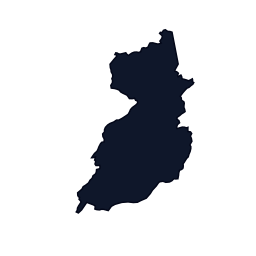 Bentong, Pahang, Malaysia, rotated 237°
{"feature_id": "92858781B95587260702445", "entity_name": "Bentong", "entity_type": "district", "adm_level": 2, "iso_a3": "MYS", "parent_name": "Malaysia", "parent_adm1": "Pahang", "projection": "equal_earth", "projection_center": [102.033, 3.418], "detail": "fine", "context": "isolated", "style": "filled", "palette": "ink", "viewbox_px": 256, "rotation_deg": 237, "n_neighbors": 0, "source": "geoboundaries", "source_scale": "gbopen_adm2", "svg_char_len": 3014}
<svg xmlns="http://www.w3.org/2000/svg" viewBox="0 0 256 256"><g transform="rotate(237 128 128)"><path d="M58.3,142.2L61.1,144.9L61.9,145.4L63.1,146.5L64.5,148.2L64.1,150.3L64.2,151.9L65.1,152.9L66.3,153.8L68.0,154.7L68.5,156.2L69.5,158.3L70.6,160.7L71.0,162.8L72.8,164.8L74.4,167.2L76.6,169.5L78.3,170.6L80.1,170.6L81.0,172.3L81.5,173.2L82.0,174.3L85.1,175.6L86.2,175.6L87.4,176.2L88.7,178.4L90.7,178.3L92.3,176.4L94.1,177.3L95.9,178.6L96.3,177.1L98.1,175.6L99.2,174.0L99.9,171.7L100.7,168.9L102.3,169.3L103.9,171.3L104.3,174.1L106.6,174.7L108.5,173.8L110.2,174.9L110.3,178.1L110.7,180.7L110.6,182.9L110.7,184.8L112.9,185.7L114.9,186.1L116.4,187.2L118.2,188.7L119.7,189.1L121.3,188.3L122.5,188.1L124.3,189.1L126.2,189.1L127.8,193.4L128.6,196.2L129.3,199.1L128.9,201.4L129.3,204.0L129.4,206.2L130.3,207.9L132.1,207.2L132.9,208.3L134.2,208.7L134.3,206.6L134.7,204.4L136.2,203.4L138.3,201.6L139.8,200.1L141.9,201.0L143.6,201.2L143.7,199.7L143.7,198.0L145.3,198.4L146.5,200.1L148.6,199.5L150.1,198.2L151.2,199.1L152.7,201.9L154.3,204.9L184.4,217.1L186.0,215.8L187.4,213.9L190.1,212.8L190.6,210.9L189.5,208.8L190.6,207.2L190.1,206.0L186.6,207.0L184.8,205.3L184.1,203.6L183.5,202.1L181.2,202.1L181.5,200.3L182.1,198.8L183.4,197.5L185.9,195.2L187.3,192.8L186.6,191.3L184.9,188.7L185.3,186.5L186.9,184.8L187.3,183.1L186.3,181.8L185.1,180.1L185.5,178.1L187.0,176.6L188.2,174.5L188.7,172.3L188.7,169.7L188.5,168.0L190.3,167.2L192.3,167.1L193.1,164.8L194.1,162.0L195.2,160.5L196.7,159.8L197.7,158.7L196.7,157.0L195.5,158.1L194.4,157.7L193.8,155.9L193.1,153.3L192.5,151.6L191.3,147.7L188.1,146.0L186.3,145.6L184.2,144.5L181.3,144.3L179.4,143.2L178.1,141.3L176.2,140.9L174.4,139.5L173.1,136.8L170.6,135.7L168.4,138.3L166.5,140.0L164.5,141.3L162.3,141.5L160.1,142.6L158.0,143.9L156.2,145.0L154.3,145.2L151.9,145.2L150.2,147.7L149.4,149.7L147.1,149.5L145.7,150.6L143.6,149.7L143.0,146.9L142.8,142.8L142.1,140.2L140.7,138.1L139.4,135.7L139.3,132.7L139.3,128.4L139.6,124.7L140.9,122.7L140.8,119.3L141.6,115.4L141.6,112.6L140.8,109.4L139.4,107.4L137.5,106.1L136.8,103.5L134.4,102.3L132.6,102.2L131.1,101.8L129.3,100.1L130.3,98.4L129.9,96.6L128.1,93.4L126.4,91.1L125.4,89.3L124.9,86.1L123.6,82.9L122.9,81.3L122.1,82.6L121.4,84.8L119.3,82.7L119.2,82.9L117.4,82.6L115.8,80.7L114.0,80.7L112.9,82.4L112.1,83.9L110.4,83.3L109.3,82.0L110.3,79.0L108.4,77.5L107.2,75.9L107.0,72.7L105.3,70.5L104.9,67.8L103.4,65.0L103.1,61.1L103.2,58.5L101.8,56.1L101.4,53.1L101.1,50.5L98.9,49.2L97.4,49.0L96.2,49.6L94.8,48.1L93.0,48.5L91.4,48.3L89.6,44.2L88.4,42.1L86.6,40.6L85.8,38.9L83.8,40.1L84.6,44.5L88.1,52.9L82.3,57.2L80.5,58.0L79.0,57.0L78.1,56.1L76.9,57.0L75.6,58.5L74.7,59.8L74.5,61.1L73.3,63.0L71.7,64.5L69.5,66.5L71.4,71.4L71.1,75.5L69.0,82.3L66.0,87.8L62.6,91.9L60.6,95.5L60.2,99.2L59.2,105.1L60.9,111.0L62.6,114.6L64.0,120.1L65.3,123.3L65.7,125.1L64.3,128.3L61.9,130.1L60.2,133.3L60.0,134.6L59.9,136.2L60.3,137.8L60.4,139.0L59.7,139.8L59.2,140.4L58.7,141.5L58.4,142.1L58.3,142.2Z" fill="#0f172a" stroke="#020617" stroke-width="1.5"/></g></svg>